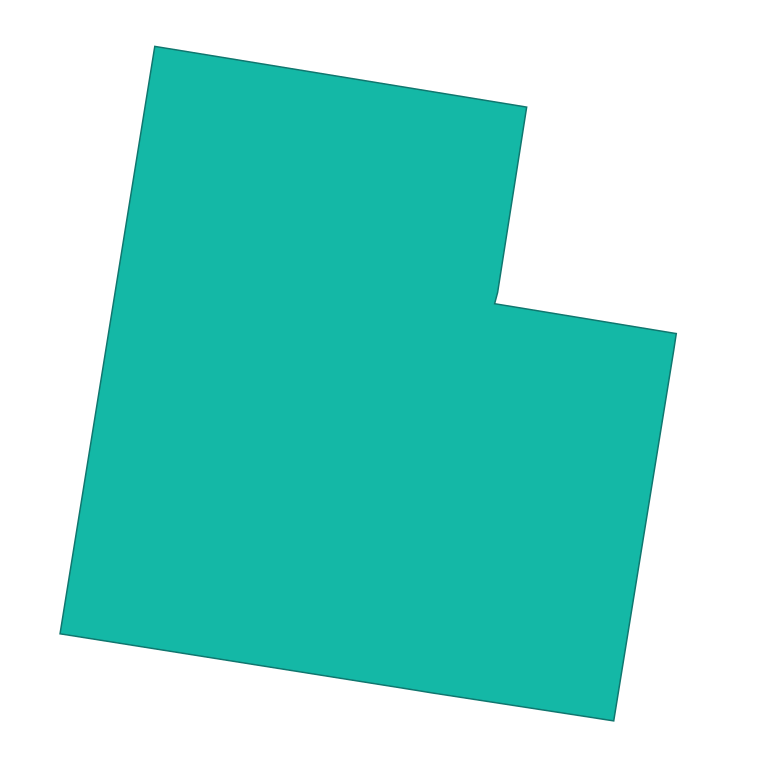 outline of Stark, Illinois, United States of America, rotated 99°
{"feature_id": "52423323B24463330848727", "entity_name": "Stark", "entity_type": "district", "adm_level": 2, "iso_a3": "USA", "parent_name": "United States of America", "parent_adm1": "Illinois", "projection": "natural_earth1", "projection_center": [-89.816, 41.104], "detail": "fine", "context": "isolated", "style": "filled", "palette": "teal", "viewbox_px": 768, "rotation_deg": 99, "n_neighbors": 0, "source": "geoboundaries", "source_scale": "gbopen_adm2", "svg_char_len": 299}
<svg xmlns="http://www.w3.org/2000/svg" viewBox="0 0 768 768"><g transform="rotate(99 384 384)"><path d="M88.2,286.4L86.4,663.2L681.4,664.9L681.5,303.8L681.6,288.1L680.8,104.4L305.5,103.1L288.5,103.2L287.4,287.3L275.8,286.1L88.2,286.4Z" fill="#14b8a6" stroke="#0f766e" stroke-width="1.5"/></g></svg>